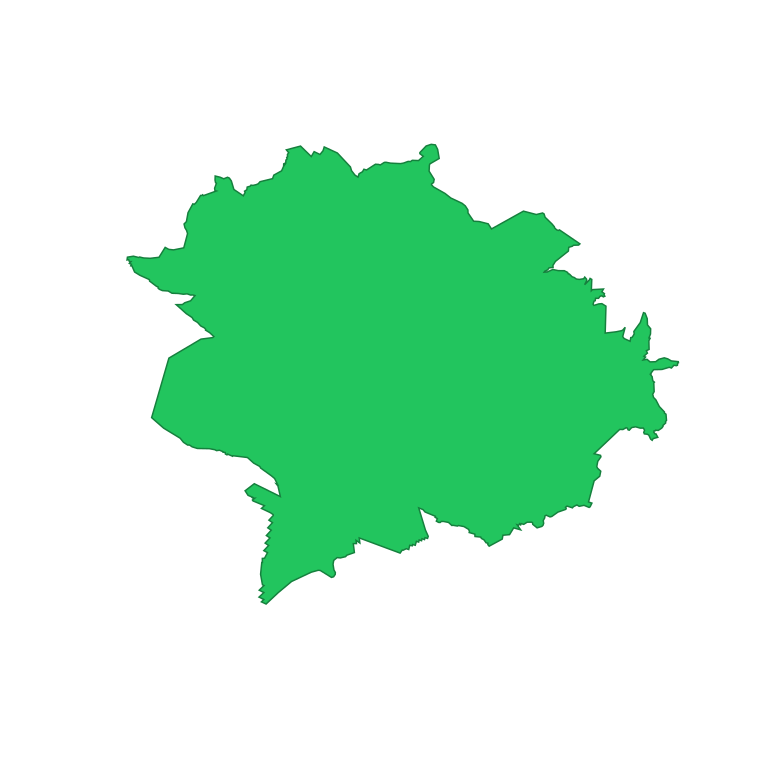 the district of Zautla, Puebla, Mexico, rotated 106°
{"feature_id": "50627088B17809013633948", "entity_name": "Zautla", "entity_type": "district", "adm_level": 2, "iso_a3": "MEX", "parent_name": "Mexico", "parent_adm1": "Puebla", "projection": "equal_earth", "projection_center": [-97.698, 19.714], "detail": "fine", "context": "isolated", "style": "filled", "palette": "green", "viewbox_px": 768, "rotation_deg": 106, "n_neighbors": 0, "source": "geoboundaries", "source_scale": "gbopen_adm2", "svg_char_len": 6159}
<svg xmlns="http://www.w3.org/2000/svg" viewBox="0 0 768 768"><g transform="rotate(106 384 384)"><path d="M539.0,457.8L540.1,454.5L540.9,454.2L546.6,457.1L548.0,453.0L554.3,456.1L555.6,452.1L562.1,455.3L563.4,451.2L569.7,454.4L571.0,450.4L577.3,453.6L578.2,449.5L584.4,450.8L585.2,452.9L589.0,451.7L589.2,452.3L600.9,450.2L610.5,445.5L610.8,443.8L616.6,447.1L617.6,442.0L623.3,445.4L624.3,440.1L627.2,441.8L628.0,436.7L613.6,428.1L599.3,418.4L585.0,402.1L581.2,395.9L580.8,393.9L584.4,381.2L583.2,379.3L580.5,378.4L578.6,378.8L576.5,380.9L571.3,383.3L567.4,383.7L563.8,381.2L563.2,378.0L560.6,373.4L558.7,372.4L554.2,366.0L545.9,369.5L545.0,366.5L542.0,367.8L543.5,363.4L538.8,365.4L542.1,321.9L538.6,320.7L538.5,319.8L536.2,317.2L536.3,314.6L532.0,314.8L531.7,312.2L530.4,312.3L530.4,309.5L526.3,309.5L526.4,307.1L524.2,307.2L524.3,304.7L522.2,304.8L522.4,302.2L520.4,302.2L520.4,299.6L518.2,299.5L513.0,303.9L493.5,316.5L494.0,311.8L495.7,309.3L497.0,298.1L498.0,298.2L498.7,295.6L501.4,295.9L502.0,293.4L501.6,291.8L500.3,291.0L499.7,288.8L499.3,283.8L501.3,279.8L500.8,278.7L500.3,274.2L499.5,273.4L499.0,267.8L500.4,262.7L501.9,261.3L503.3,261.2L503.3,255.3L505.5,254.5L504.5,248.8L505.6,247.8L506.2,245.0L508.5,242.1L508.4,240.2L509.8,239.9L510.9,238.2L500.5,227.6L496.6,228.0L494.2,221.8L486.6,219.7L486.5,212.5L482.6,217.3L482.6,215.6L480.9,215.2L481.7,213.8L480.4,213.7L480.4,211.0L477.4,208.3L476.1,204.0L476.3,203.1L477.9,202.3L480.1,197.2L477.4,193.0L476.0,192.2L473.9,192.1L471.4,193.3L468.4,192.6L466.6,193.0L465.4,191.9L466.0,187.8L465.1,186.2L459.2,181.5L454.4,174.7L453.3,174.6L452.5,175.6L450.9,174.4L451.1,168.7L449.7,168.1L447.1,165.2L447.8,162.7L445.5,158.3L446.1,152.8L445.2,152.0L441.2,151.3L441.0,154.9L419.2,155.3L413.2,151.2L408.1,151.6L406.1,155.5L404.7,156.7L399.5,157.2L394.2,155.4L392.9,156.2L393.1,162.8L362.7,144.9L361.9,141.8L359.3,139.2L359.4,137.9L360.8,136.7L360.8,135.5L357.6,133.9L355.8,130.3L355.8,125.6L354.9,122.5L356.6,120.8L358.9,121.0L360.2,120.0L359.7,116.9L360.2,115.3L363.5,112.5L364.2,110.7L362.3,110.2L359.8,106.1L357.0,108.8L357.3,109.6L356.0,111.4L354.5,111.4L354.3,110.5L353.6,110.3L353.0,107.5L349.9,104.9L347.9,104.1L346.9,104.4L343.8,102.5L342.5,103.0L341.1,102.4L335.3,104.6L334.7,106.4L333.6,106.7L329.8,113.1L324.3,118.3L322.6,121.2L319.7,122.9L316.9,122.2L308.5,125.0L307.7,124.6L306.8,126.5L303.0,128.3L301.8,130.0L301.0,130.0L301.0,130.7L295.9,128.8L293.4,120.8L289.3,114.4L289.4,112.1L286.1,110.5L285.8,108.0L285.1,107.1L283.0,107.5L282.4,106.8L281.4,107.3L282.6,114.2L281.6,118.2L281.6,121.8L284.4,126.5L287.7,129.0L289.4,134.3L287.8,138.0L289.5,141.5L286.0,140.0L285.7,141.8L281.9,139.5L282.2,138.9L279.7,141.0L277.7,138.7L269.4,141.3L266.7,140.8L266.7,142.0L262.5,141.6L257.4,142.9L254.6,147.0L248.6,149.0L244.0,152.5L243.9,154.2L254.3,154.6L264.6,158.3L267.0,157.3L270.7,158.3L271.4,159.6L275.1,159.2L274.1,165.7L272.6,167.6L263.0,167.8L266.3,169.3L267.3,170.4L269.9,175.4L274.1,185.4L248.0,192.1L246.7,196.7L247.8,199.6L250.6,203.9L249.7,205.0L246.5,205.0L245.7,203.9L243.3,204.3L242.5,201.4L240.1,200.5L239.2,198.9L239.8,197.2L238.7,195.9L237.7,197.1L236.4,197.0L235.3,200.0L232.2,199.2L235.8,209.6L237.2,210.4L226.2,213.1L225.7,215.0L227.5,215.3L233.3,218.5L228.6,217.7L227.4,218.2L225.9,220.5L227.8,221.1L229.6,225.0L230.1,228.0L229.2,230.4L229.1,232.7L227.2,236.1L227.3,237.2L226.1,238.3L225.4,241.9L227.0,247.8L227.4,253.3L231.3,257.9L232.4,260.9L231.2,260.5L229.2,258.2L226.8,257.3L225.4,253.6L223.4,254.3L218.9,253.0L205.4,243.4L201.7,244.1L199.7,241.0L198.4,240.1L196.8,235.2L195.3,234.3L187.5,257.8L188.4,258.8L188.2,260.6L186.9,263.0L185.9,263.6L183.9,266.5L179.3,275.1L176.4,277.0L175.9,278.7L179.1,284.3L179.4,297.6L205.3,323.4L201.3,328.0L201.6,337.4L202.8,342.7L196.4,350.4L193.6,351.3L190.4,354.9L188.8,358.7L186.8,371.0L184.0,377.9L180.9,390.8L179.4,393.2L178.5,393.4L176.7,391.9L173.4,392.2L167.0,399.3L161.0,400.7L159.7,400.5L152.0,393.1L143.7,397.1L140.0,400.5L140.6,404.7L143.6,409.1L151.6,413.3L152.7,413.0L154.3,409.0L159.7,412.4L161.2,418.5L162.8,419.7L163.4,422.2L166.3,426.2L167.6,428.9L169.9,438.6L170.3,443.2L170.9,444.8L174.5,448.0L174.4,449.6L175.1,452.8L183.1,459.8L183.1,462.5L185.9,463.2L188.7,465.9L192.3,466.0L191.2,469.5L187.9,474.0L184.6,476.1L174.8,492.5L172.6,506.8L176.6,506.9L181.0,508.8L179.9,515.2L185.4,516.6L178.3,529.8L185.8,542.4L187.9,539.4L190.1,540.1L192.1,539.3L193.0,540.0L194.3,539.2L195.8,540.0L199.1,539.3L200.9,540.0L199.3,540.3L200.0,541.1L202.4,540.5L207.3,541.2L213.6,547.5L217.3,547.7L223.7,558.9L226.2,560.1L227.6,561.8L229.2,564.7L229.5,566.7L230.7,567.1L232.4,569.8L235.1,569.4L237.1,571.2L238.1,570.3L241.9,571.1L238.4,581.9L230.9,586.7L228.7,589.4L228.4,591.4L230.9,594.6L230.4,598.6L230.6,603.6L234.6,602.6L236.9,601.4L237.2,600.4L242.5,600.8L244.7,599.8L244.7,598.4L252.7,609.5L252.1,610.5L253.0,611.1L253.3,612.3L261.2,614.5L263.6,615.9L263.5,617.4L273.3,619.6L282.4,618.7L285.3,620.3L288.7,618.4L290.8,616.1L293.6,614.3L308.3,614.0L313.1,623.3L313.9,628.0L313.0,632.0L324.2,635.2L327.6,643.3L329.1,649.8L329.3,653.9L330.0,654.7L330.2,660.1L332.8,665.6L335.6,665.2L334.8,663.8L336.5,662.5L336.1,661.0L338.3,662.0L338.5,659.8L340.2,660.0L340.0,658.8L345.1,654.6L346.8,648.5L348.3,638.3L349.7,637.7L352.8,629.7L353.0,627.9L354.3,627.4L354.9,625.9L355.3,622.8L354.1,617.1L355.2,612.8L353.7,606.8L353.0,601.6L351.6,598.1L351.8,594.3L351.1,592.4L351.1,590.1L357.3,592.8L360.8,597.9L363.2,599.7L365.0,605.6L370.9,593.4L373.0,586.8L375.0,584.7L376.2,580.2L378.7,576.2L379.6,572.0L380.7,570.4L381.4,570.4L382.7,565.7L385.3,560.6L386.6,561.4L391.3,572.3L418.4,597.9L480.4,598.1L487.2,583.6L492.3,565.0L495.3,560.7L496.8,556.0L496.3,554.1L497.3,551.1L497.4,545.6L494.3,534.0L493.8,528.5L494.2,526.6L493.0,523.9L493.4,520.1L493.9,520.0L493.6,517.7L495.0,517.2L495.4,515.4L494.5,515.1L495.2,509.6L494.6,509.5L492.3,495.0L496.0,487.4L497.5,480.7L498.8,479.4L503.3,466.9L505.0,463.1L509.9,458.6L509.8,459.9L511.3,457.8L520.8,452.6L515.6,481.2L524.9,488.1L528.5,484.0L529.1,479.1L529.5,479.4L529.9,478.4L529.4,476.8L531.8,478.5L532.5,477.7L533.9,465.4L537.4,467.5L539.0,457.8Z" fill="#22c55e" stroke="#15803d" stroke-width="1.5"/></g></svg>